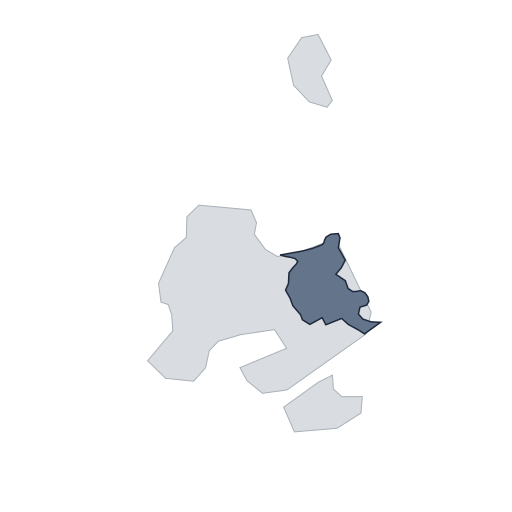 Aland, with Jomala highlighted, rotated 250°
{"feature_id": "ALD-4810", "entity_name": "Jomala", "entity_type": "state/province", "adm_level": 1, "iso_a3": "ALA", "parent_name": "Aland", "parent_adm1": "", "projection": "mercator", "projection_center": [19.918, 60.13], "detail": "fine", "context": "in_parent", "style": "filled", "palette": "slate", "viewbox_px": 512, "rotation_deg": 250, "n_neighbors": 0, "source": "natural_earth", "source_scale": "10m", "svg_char_len": 1442}
<svg xmlns="http://www.w3.org/2000/svg" viewBox="0 0 512 512"><g transform="rotate(250 256 256)"><path d="M229.7,156.7L240.4,156.9L245.1,150.9L263.7,155.1L291.7,182.3L297.3,196.9L316.5,204.5L323.3,219.7L301.0,267.0L287.2,267.9L276.9,261.9L258.8,267.1L248.2,276.0L244.6,295.7L245.2,336.8L163.9,345.0L145.2,333.0L119.6,239.4L124.7,215.2L141.9,204.9L156.6,202.7L158.8,253.2L180.5,248.2L187.3,214.9L188.8,191.4L182.9,179.6L168.2,170.4L159.7,154.6L171.9,129.3L194.6,118.3L214.1,152.2L229.7,156.7ZM116.1,271.5L117.9,287.1L104.6,283.2L94.4,288.6L87.5,307.8L72.5,300.9L66.4,273.3L77.6,231.9L104.5,230.3L116.1,271.5ZM445.6,373.6L442.9,390.1L414.5,393.7L402.6,379.1L376.1,380.9L371.5,373.6L382.5,358.9L403.5,349.7L431.0,353.4L445.6,373.6Z" fill="#d9dde1" stroke="#a8b0b8" stroke-width="1"/><path d="M202.2,331.5L194.0,331.4L189.4,334.8L188.3,338.5L187.7,342.4L184.3,345.7L179.6,347.1L174.9,346.6L172.0,343.2L172.4,336.2L166.4,332.4L160.1,334.9L154.7,341.7L151.1,350.4L145.7,331.3L151.5,326.9L160.0,319.4L168.0,315.2L167.5,298.1L175.4,297.1L173.3,283.2L180.2,277.8L185.5,277.8L196.7,273.6L204.6,273.6L213.8,272.1L219.1,277.1L229.0,281.3L232.2,286.3L234.7,291.2L236.8,293.4L240.3,291.8L242.9,288.1L245.5,283.5L248.7,279.0L244.8,301.4L243.8,312.1L244.0,322.0L245.2,324.3L247.6,325.9L249.9,328.5L250.9,333.8L248.9,341.0L244.3,341.1L235.6,336.2L221.6,338.5L215.8,332.2L211.5,324.8L202.2,331.5Z" fill="#64748b" stroke="#1e293b" stroke-width="1.5"/></g></svg>